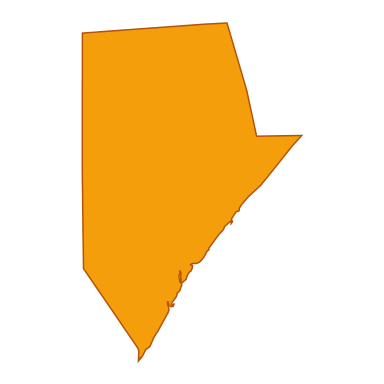 map outline of Jubbada Hoose (Robinson projection)
{"feature_id": "SOM-2645", "entity_name": "Jubbada Hoose", "entity_type": "Region", "adm_level": 1, "iso_a3": "SOM", "parent_name": "Somalia", "parent_adm1": "", "projection": "robinson", "projection_center": [41.866, -0.188], "detail": "fine", "context": "isolated", "style": "filled", "palette": "amber", "viewbox_px": 384, "rotation_deg": 0, "n_neighbors": 0, "source": "natural_earth", "source_scale": "10m", "svg_char_len": 1849}
<svg xmlns="http://www.w3.org/2000/svg" viewBox="0 0 384 384"><path d="M138.5,358.7L138.8,351.7L138.4,349.6L137.2,347.1L133.4,341.6L128.4,334.3L123.4,327.0L118.3,319.5L113.5,312.4L109.0,305.8L103.5,297.8L98.4,290.4L93.5,283.2L91.0,279.5L88.5,275.9L86.0,272.2L83.5,268.5L83.4,260.0L83.3,252.1L83.2,244.2L83.0,232.0L82.9,219.8L82.7,207.7L82.6,195.5L82.5,188.0L82.4,180.4L82.3,171.2L82.3,157.2L82.3,143.2L82.3,129.2L82.3,115.2L82.3,101.2L82.3,87.2L82.4,73.2L82.4,59.2L82.4,45.2L82.4,33.1L127.0,29.8L204.2,24.2L227.0,23.0L246.7,90.3L256.6,136.2L301.1,135.5L301.7,135.5L292.3,145.9L272.6,170.6L260.6,185.4L254.9,190.7L248.5,196.6L241.8,204.3L239.4,208.1L239.2,209.3L239.2,210.3L238.9,211.0L236.5,211.6L235.8,212.3L231.9,218.2L231.4,220.1L232.6,221.3L231.6,223.1L231.2,223.6L231.2,222.9L231.2,222.3L231.0,221.8L230.5,221.3L225.2,225.9L224.4,227.0L223.8,228.9L222.3,230.9L219.0,234.3L209.2,247.7L208.8,248.7L208.8,249.6L208.7,250.2L207.8,250.4L207.4,250.8L203.4,257.9L200.9,260.8L199.4,262.1L197.8,263.0L195.9,263.5L193.0,263.4L191.5,263.8L190.6,264.9L192.5,265.4L192.4,267.6L191.5,270.0L190.9,271.1L189.5,272.0L188.1,274.0L186.9,276.4L186.5,278.5L186.0,279.4L182.7,282.3L181.6,282.9L181.2,282.1L180.8,277.4L180.9,273.0L180.3,271.1L179.7,271.1L180.0,272.8L179.7,274.1L179.2,275.2L179.0,276.6L179.1,277.9L179.6,279.5L179.7,280.8L180.0,282.2L180.7,282.8L181.4,283.3L181.8,284.2L181.6,285.6L180.6,287.9L180.3,289.2L179.8,290.6L177.5,293.0L177.0,293.8L176.8,295.3L176.3,296.5L175.7,297.6L171.9,302.7L171.5,303.8L171.8,304.9L172.6,304.8L173.5,304.2L174.3,303.5L173.1,306.4L170.8,306.7L168.8,305.0L168.1,301.9L167.5,301.9L167.6,304.1L168.8,308.1L168.9,310.3L168.2,312.3L157.9,331.2L155.6,334.5L153.7,337.8L150.0,346.3L148.1,348.0L145.9,349.4L142.4,356.1L140.4,358.0L141.0,358.0L138.4,361.0L138.5,358.7Z" fill="#f59e0b" stroke="#b45309" stroke-width="1.5"/></svg>